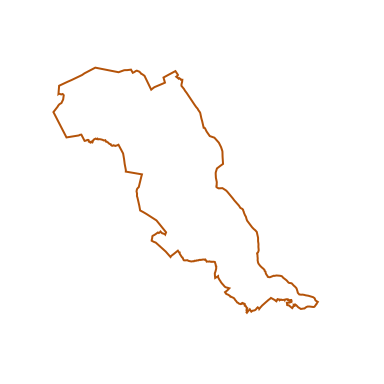 Pischia, Timis, Romania (Equal Earth projection), rotated 51°
{"feature_id": "2599482B13356223768188", "entity_name": "Pischia", "entity_type": "district", "adm_level": 2, "iso_a3": "ROU", "parent_name": "Romania", "parent_adm1": "Timis", "projection": "equal_earth", "projection_center": [21.424, 45.908], "detail": "fine", "context": "isolated", "style": "outline", "palette": "amber", "viewbox_px": 384, "rotation_deg": 51, "n_neighbors": 0, "source": "geoboundaries", "source_scale": "gbopen_adm2", "svg_char_len": 5987}
<svg xmlns="http://www.w3.org/2000/svg" viewBox="0 0 384 384"><g transform="rotate(51 192 192)"><path d="M309.7,224.8L310.0,224.2L309.8,223.7L310.2,223.4L309.9,222.9L310.0,222.5L310.4,222.3L310.8,222.4L311.7,222.1L311.8,222.0L311.8,221.6L312.0,221.5L312.3,221.9L313.2,221.9L313.3,222.1L313.3,222.4L313.6,222.6L314.6,222.0L315.3,222.1L315.6,222.3L316.0,222.3L316.7,222.2L316.6,222.6L317.6,223.0L317.8,223.6L318.3,223.7L318.2,223.9L318.4,224.2L318.9,224.2L319.2,224.4L319.7,224.7L319.8,225.3L320.4,225.3L319.8,223.0L319.5,220.9L322.3,221.2L322.3,220.2L322.5,219.4L323.0,218.6L323.4,217.6L323.5,216.8L323.4,215.9L323.1,214.8L323.0,213.5L325.0,213.2L325.2,213.3L324.7,211.3L324.6,210.0L324.4,209.4L324.1,203.0L324.1,202.1L324.0,200.8L324.1,198.3L324.0,197.3L328.7,195.4L329.2,195.5L330.0,195.2L329.6,194.6L329.7,194.2L329.2,193.4L329.1,192.9L329.8,192.4L330.0,192.6L330.5,192.0L331.0,192.0L330.8,191.6L330.9,191.3L331.6,191.1L332.0,190.2L332.4,190.1L333.3,189.0L334.0,187.8L334.1,187.7L334.4,187.8L334.2,187.3L334.2,187.2L334.8,186.2L334.9,185.9L336.1,185.0L336.6,185.4L336.9,185.2L336.5,184.8L337.5,184.5L337.5,184.2L337.9,183.8L337.9,183.5L338.4,182.8L339.4,183.2L340.0,183.8L340.0,184.0L339.2,186.0L337.8,188.0L339.8,189.2L340.1,189.0L340.4,188.6L341.0,188.1L345.3,187.2L345.1,186.4L344.3,184.7L344.9,184.2L344.8,183.9L343.8,183.7L344.4,183.1L344.3,182.7L345.6,182.6L345.7,182.2L348.4,182.0L351.4,181.0L352.9,178.4L353.3,177.9L353.3,176.4L353.4,175.4L353.8,174.2L355.2,172.5L357.7,170.1L358.2,169.2L358.2,168.9L357.6,166.7L357.5,165.9L357.3,165.8L356.6,163.4L354.2,164.2L353.2,164.1L352.3,163.7L351.5,163.6L349.9,164.1L345.8,166.9L343.8,168.7L342.5,169.6L341.2,170.8L340.5,171.8L339.1,173.1L336.9,173.2L335.7,172.6L332.6,171.4L330.4,171.5L328.9,171.8L325.8,172.0L325.3,172.3L323.8,173.7L323.2,174.0L320.1,174.1L316.0,175.1L314.5,175.1L313.8,175.3L312.5,176.3L310.1,178.8L309.0,180.8L308.5,181.2L307.3,185.0L306.6,185.8L305.6,186.5L304.7,186.2L302.7,186.1L301.3,185.7L300.1,185.0L299.0,185.2L298.1,184.7L297.8,184.7L296.1,184.9L294.7,185.2L292.2,185.5L289.4,185.4L288.0,184.9L287.6,184.6L286.4,184.0L284.8,182.6L283.1,181.5L282.1,180.7L280.8,180.2L280.5,179.8L280.6,179.3L280.4,178.6L279.5,177.1L278.5,176.3L276.5,175.0L274.3,173.1L271.8,171.6L269.2,169.5L263.8,166.8L261.5,166.9L259.6,167.3L257.2,167.5L249.1,167.2L247.7,166.8L245.2,165.7L243.3,165.4L240.6,164.6L239.9,164.2L238.6,163.9L238.0,163.5L236.9,163.5L234.8,164.4L232.2,164.1L225.1,164.4L222.7,164.3L213.7,164.4L212.1,164.6L208.2,165.9L207.8,166.4L206.3,168.5L205.8,169.1L204.6,169.6L203.6,169.9L203.4,169.8L202.5,168.8L202.4,168.9L201.9,168.3L199.9,166.5L196.0,164.5L192.7,162.1L191.7,161.2L189.4,157.8L189.5,153.7L189.7,150.2L183.9,146.1L180.4,143.4L179.4,142.7L175.5,141.2L170.6,140.1L163.9,140.4L159.7,143.0L154.2,142.6L150.7,141.8L149.7,142.0L149.4,142.5L143.5,139.6L140.7,138.4L135.8,135.9L135.1,135.7L132.2,135.5L130.7,135.2L128.7,135.3L125.6,135.1L111.7,133.8L108.7,133.7L107.0,133.4L102.9,133.4L102.5,133.1L101.7,132.4L100.2,130.4L98.8,129.0L98.7,128.9L97.8,129.9L97.5,129.7L95.4,130.3L95.6,131.0L92.5,131.7L92.5,130.0L92.4,129.6L92.1,129.2L87.6,128.8L86.2,136.1L85.1,142.1L90.0,144.2L89.4,146.5L87.0,154.8L86.8,156.0L86.8,159.3L71.8,155.8L69.0,156.6L68.1,157.1L67.3,157.0L66.2,157.1L65.4,157.2L64.8,157.5L63.0,158.5L62.6,159.7L62.5,161.3L62.1,163.0L58.5,162.4L56.6,165.5L54.7,168.0L52.7,173.7L34.5,188.9L32.1,200.9L31.9,203.8L29.2,215.1L28.0,219.5L25.8,228.4L31.8,234.1L31.8,233.8L32.2,233.3L33.9,232.2L34.3,231.0L35.1,230.7L36.1,230.8L39.0,233.9L40.7,237.5L40.4,239.3L40.4,240.2L40.7,241.7L41.1,242.6L42.7,249.4L70.6,255.2L76.4,245.1L76.8,244.4L77.1,243.0L77.8,241.9L84.7,243.3L84.8,243.2L85.3,242.0L85.7,240.5L86.3,239.8L86.8,239.7L87.9,240.5L88.4,240.1L89.5,239.9L89.3,239.1L89.4,238.6L89.9,238.5L90.4,238.6L90.8,238.3L90.4,237.4L89.7,236.8L89.7,236.2L89.5,235.4L89.6,235.0L89.5,234.8L89.9,233.2L90.8,232.9L91.2,232.4L91.2,232.2L91.4,232.3L92.1,231.7L92.3,231.1L93.6,229.8L95.4,228.5L96.2,228.3L97.0,227.4L97.2,226.8L98.8,227.1L99.1,226.6L99.4,226.5L99.9,226.5L100.9,226.0L101.8,226.1L102.1,226.0L103.2,225.6L103.7,225.1L104.7,225.4L105.8,225.0L106.1,224.6L106.1,224.1L106.3,223.6L106.6,223.6L107.1,223.0L107.9,222.7L108.0,222.2L108.5,221.3L109.0,219.4L118.7,221.3L123.7,224.1L127.9,226.7L133.3,229.6L134.3,230.4L134.5,230.6L146.8,219.8L148.3,221.9L154.4,229.9L154.7,230.3L154.8,231.6L155.1,232.8L155.5,233.4L156.6,234.7L158.6,235.7L160.6,237.4L162.0,237.9L169.5,241.6L173.7,243.9L176.8,242.6L180.5,241.2L190.5,237.9L191.7,237.5L207.0,237.5L208.2,239.6L207.9,239.6L206.8,240.1L205.2,241.2L202.9,241.4L203.1,242.0L203.0,243.6L202.0,244.0L201.9,246.0L201.7,248.3L201.4,249.5L201.4,250.6L202.8,252.0L204.1,253.7L204.5,254.0L206.8,253.0L208.5,252.0L221.7,249.9L229.0,249.6L228.6,248.5L228.7,244.9L228.7,239.9L230.9,240.1L231.1,240.0L231.3,239.7L231.5,239.8L231.9,240.2L232.3,240.4L236.5,240.9L237.0,240.6L239.5,241.3L240.1,241.2L240.8,240.4L242.2,238.4L243.1,238.2L244.3,237.3L245.7,236.1L246.2,235.1L246.6,234.7L247.0,234.1L246.9,233.9L247.0,233.3L247.4,233.0L248.0,232.1L247.9,231.9L248.1,231.4L248.7,230.7L249.0,230.4L249.0,229.9L249.3,229.5L249.4,229.0L250.0,228.2L250.3,228.0L250.4,227.6L250.9,227.0L251.1,226.4L252.1,225.1L252.5,224.9L252.4,224.8L252.8,224.1L254.9,224.3L255.4,224.4L255.7,223.7L256.6,222.8L257.1,222.1L257.1,221.9L258.1,221.3L258.6,220.5L258.8,220.5L259.7,219.2L260.7,218.3L263.1,219.2L264.5,220.0L265.0,219.9L265.3,220.1L265.4,220.4L266.2,220.9L266.9,221.6L268.5,223.7L268.7,224.0L269.5,225.4L271.4,226.8L273.4,228.1L273.8,224.7L274.6,225.3L275.6,225.6L278.3,226.0L279.1,226.0L280.0,226.2L282.1,226.3L282.9,226.2L286.3,226.1L287.5,225.6L288.7,224.7L290.3,223.6L290.7,226.6L290.6,229.4L291.2,229.5L291.7,229.3L292.1,229.5L292.4,229.6L293.4,229.2L294.7,228.5L295.5,228.3L295.9,228.1L297.2,227.8L297.4,228.0L297.7,227.8L297.9,227.8L298.1,227.5L300.6,226.3L301.6,226.2L303.4,226.4L304.4,226.3L306.3,226.4L307.2,225.9L308.2,225.8L309.7,224.8Z" fill="none" stroke="#b45309" stroke-width="2"/></g></svg>